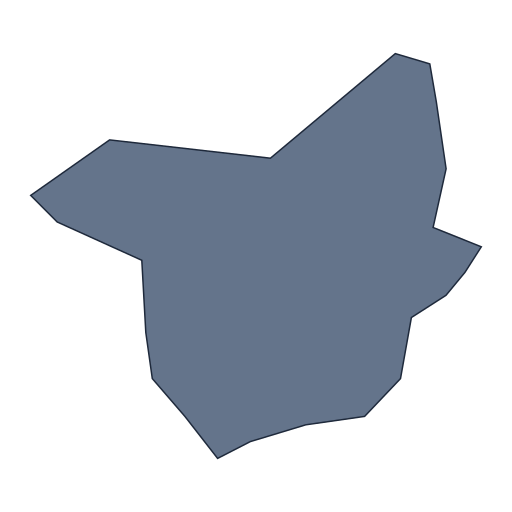 Daugavpils, Natural Earth projection
{"feature_id": "LVA-4850", "entity_name": "Daugavpils", "entity_type": "Republican City", "adm_level": 1, "iso_a3": "LVA", "parent_name": "Latvia", "parent_adm1": "", "projection": "natural_earth1", "projection_center": [26.555, 55.894], "detail": "fine", "context": "isolated", "style": "filled", "palette": "slate", "viewbox_px": 512, "rotation_deg": 0, "n_neighbors": 0, "source": "natural_earth", "source_scale": "10m", "svg_char_len": 403}
<svg xmlns="http://www.w3.org/2000/svg" viewBox="0 0 512 512"><path d="M395.3,53.6L429.8,63.9L436.3,101.7L446.1,168.8L433.1,227.5L481.3,246.8L465.0,272.3L446.0,295.3L411.4,317.5L400.5,378.6L364.6,416.4L305.8,424.8L250.3,441.6L217.6,458.4L184.9,416.4L152.3,378.6L145.8,332.5L141.8,260.3L57.2,222.0L30.7,195.4L109.6,139.9L270.4,158.2L395.3,53.6Z" fill="#64748b" stroke="#1e293b" stroke-width="1.5"/></svg>